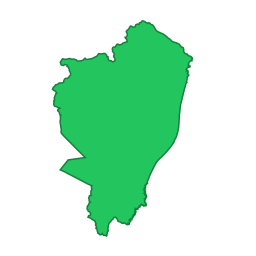 Islay, Arequipa, Peru (orthographic projection), rotated 263°
{"feature_id": "86281439B92685441035465", "entity_name": "Islay", "entity_type": "district", "adm_level": 2, "iso_a3": "PER", "parent_name": "Peru", "parent_adm1": "Arequipa", "projection": "orthographic", "projection_center": [-71.814, -16.98], "detail": "fine", "context": "isolated", "style": "filled", "palette": "green", "viewbox_px": 256, "rotation_deg": 263, "n_neighbors": 0, "source": "geoboundaries", "source_scale": "gbopen_adm2", "svg_char_len": 5727}
<svg xmlns="http://www.w3.org/2000/svg" viewBox="0 0 256 256"><g transform="rotate(263 128 128)"><path d="M44.3,77.4L44.0,77.9L44.0,78.7L43.3,79.3L42.6,80.4L41.7,81.2L39.4,84.1L38.0,84.0L36.7,84.7L36.0,84.0L35.4,84.0L34.7,84.5L33.3,84.7L33.0,84.6L32.6,83.9L32.3,83.9L31.7,84.5L30.4,85.1L29.4,84.9L28.4,85.3L27.5,85.1L27.3,85.7L26.7,86.0L25.4,87.2L25.4,88.4L25.8,89.1L26.4,89.5L25.5,89.9L24.4,90.8L24.3,92.4L23.4,93.5L23.9,94.0L25.1,94.1L25.7,94.5L27.3,94.7L28.4,96.0L30.2,95.7L35.2,97.2L36.5,98.2L37.1,99.5L38.4,100.2L39.1,101.8L40.1,102.3L40.5,103.0L41.0,103.2L41.0,104.5L40.8,104.8L38.9,106.3L37.0,106.5L36.3,107.2L35.7,108.8L34.2,110.4L34.0,111.7L34.3,112.9L32.4,114.9L32.5,115.2L32.0,116.0L32.1,116.4L32.6,116.4L32.3,116.6L32.4,117.5L32.9,117.6L32.8,116.8L33.2,116.8L33.4,117.4L34.0,117.6L34.3,118.3L35.0,118.7L35.7,118.5L35.9,118.1L36.8,118.1L37.3,118.8L37.1,119.3L37.2,119.7L36.6,119.8L37.1,120.0L36.8,120.5L37.4,120.5L37.4,121.2L37.6,121.4L39.3,121.5L39.6,122.1L39.3,122.5L39.6,122.6L40.0,122.3L41.1,122.5L41.2,122.8L40.5,123.8L40.9,124.0L41.2,123.9L41.2,124.2L41.6,124.7L42.3,124.8L42.5,124.3L42.9,124.5L43.5,124.3L43.3,125.4L44.2,126.0L44.0,125.7L44.5,125.6L44.4,125.2L45.3,124.9L45.8,125.5L46.2,125.2L46.2,125.6L47.2,125.6L46.4,126.7L46.2,126.7L46.3,127.2L46.7,127.2L46.5,127.6L46.9,127.7L46.8,128.1L47.1,128.1L47.1,128.3L48.0,128.7L48.0,129.1L48.0,129.5L48.3,129.7L48.3,130.3L48.8,130.4L49.2,130.0L49.4,131.0L49.7,130.9L50.7,131.9L50.7,132.1L49.6,132.9L49.6,133.3L49.4,133.5L49.7,133.7L49.4,134.1L48.7,134.2L48.8,134.5L48.7,135.0L48.9,135.3L48.6,136.0L48.8,136.5L49.3,136.7L49.3,136.2L49.7,136.2L50.6,136.7L50.9,136.2L51.6,136.4L52.0,135.9L52.5,135.9L52.6,135.6L53.3,135.7L53.6,135.6L53.9,135.8L54.3,135.8L54.6,136.4L55.4,136.8L55.7,136.8L55.8,136.4L56.0,137.0L56.4,136.9L57.0,137.8L57.6,138.1L57.8,137.8L57.7,137.5L58.4,137.4L58.4,137.7L59.1,137.9L60.1,137.7L60.3,137.5L60.0,136.7L60.4,136.8L60.6,137.4L61.2,137.0L61.9,137.4L62.0,137.1L61.9,136.6L62.5,137.3L63.0,137.6L63.3,137.4L63.1,137.0L63.4,136.6L63.8,137.1L64.0,136.8L64.6,137.1L64.9,136.5L65.0,136.9L65.1,136.7L65.4,136.9L65.4,137.5L65.9,137.3L66.1,136.9L66.5,136.9L66.4,137.7L66.6,138.1L67.1,137.9L67.5,138.3L68.4,137.8L68.8,138.1L69.0,138.0L69.2,138.9L69.7,139.0L69.8,139.4L70.3,139.4L70.6,140.5L71.2,140.3L73.6,141.3L79.5,144.6L86.3,149.0L89.6,151.4L91.9,153.5L93.8,155.7L95.1,157.8L100.0,163.7L104.1,168.1L106.4,170.2L108.9,172.2L109.6,172.4L110.7,173.1L111.2,173.1L112.2,174.3L116.9,176.5L121.6,178.1L125.1,178.9L135.8,180.8L137.5,181.4L139.0,181.6L144.5,183.0L157.9,188.0L165.3,191.1L166.1,192.0L166.6,191.6L168.5,192.4L171.7,193.1L172.3,194.1L173.2,194.8L173.5,194.5L174.0,194.5L174.7,193.5L175.9,194.4L176.5,194.0L176.6,194.4L176.9,194.1L177.5,194.2L177.9,193.1L178.2,193.2L178.3,193.6L178.7,193.0L179.1,193.0L180.0,193.5L180.2,194.1L180.7,194.6L181.2,197.1L181.7,197.1L181.6,196.8L182.0,196.6L182.2,195.7L182.9,196.1L183.2,195.7L184.1,195.9L185.6,196.5L186.2,197.1L186.9,198.6L187.0,199.5L187.2,199.3L188.3,199.5L188.5,200.4L189.3,200.2L189.7,200.4L191.3,199.2L192.4,196.9L194.2,195.7L194.7,194.2L195.5,193.2L197.3,192.6L199.3,192.9L201.1,192.5L202.1,190.7L205.0,189.0L206.9,185.9L207.9,183.3L208.4,182.6L209.4,181.6L210.9,180.6L212.5,178.7L214.7,176.9L217.1,174.2L219.6,169.9L220.5,168.7L221.4,167.8L224.8,166.4L227.0,165.2L227.4,164.8L228.0,163.4L229.4,162.5L229.9,161.2L229.4,160.3L230.2,159.5L230.4,158.7L231.5,157.8L232.5,156.0L232.6,155.1L231.1,153.9L231.2,153.1L230.9,152.2L229.6,151.7L230.0,150.0L229.5,148.3L227.8,147.5L227.5,147.2L227.3,146.2L227.6,145.3L228.8,143.3L228.8,142.7L226.1,140.7L224.4,138.2L223.7,138.0L221.4,138.8L220.1,138.6L218.6,137.5L218.4,137.1L218.4,136.2L217.2,136.5L216.7,137.3L215.6,137.7L213.7,137.7L213.7,137.0L213.3,136.3L213.4,135.7L212.9,133.4L212.4,132.6L211.9,132.3L211.6,131.1L211.7,130.4L211.5,129.4L212.1,128.5L212.5,128.2L212.6,127.6L211.7,126.5L210.0,125.4L209.9,124.8L210.1,123.4L209.5,122.5L208.2,122.0L207.2,122.3L206.5,122.0L205.7,122.1L204.0,123.2L203.0,123.4L201.6,122.7L200.4,122.4L199.1,123.3L197.1,123.5L196.3,123.0L195.7,121.8L195.5,121.0L196.2,120.1L196.8,119.6L196.9,117.9L198.2,116.9L199.6,116.7L201.1,116.8L201.0,116.1L201.2,115.7L202.6,115.7L203.4,115.4L204.7,114.2L205.0,113.4L204.7,110.6L205.4,108.2L205.0,107.5L203.6,106.4L203.0,105.5L201.3,100.7L201.0,95.7L201.4,94.7L202.5,93.9L201.7,92.6L200.9,92.1L200.4,89.1L200.5,86.4L201.1,85.5L202.2,84.6L202.3,83.7L202.9,83.0L203.2,81.9L202.9,81.2L203.1,80.6L204.0,78.9L204.1,77.3L203.7,76.0L203.7,75.1L203.9,74.7L203.8,73.8L204.7,71.4L201.5,68.8L198.9,69.3L198.6,69.6L197.9,71.6L198.8,73.0L197.9,75.3L197.6,75.5L197.3,75.1L196.5,75.0L195.6,76.4L194.5,76.4L193.4,76.9L192.3,76.9L192.1,76.7L189.4,77.7L187.7,77.4L187.1,77.0L186.3,75.8L185.5,75.5L185.0,74.4L184.5,74.0L184.9,72.3L184.4,71.2L182.9,70.1L181.4,69.8L181.1,69.4L180.7,67.8L181.1,65.6L180.8,64.5L180.0,64.0L179.7,61.4L178.6,60.5L177.6,59.0L175.7,57.8L175.4,57.9L173.1,60.5L171.4,61.5L171.1,61.4L170.9,60.6L166.6,58.4L165.4,58.6L164.4,58.2L164.2,57.8L163.7,57.5L162.8,57.7L160.5,57.2L159.1,57.5L158.5,57.9L157.9,59.6L156.6,61.3L156.3,62.6L155.9,62.9L155.7,61.6L154.5,60.5L153.9,60.3L153.4,60.5L152.9,61.2L151.6,61.8L150.3,61.8L148.9,62.4L149.3,62.6L149.0,62.9L148.8,62.6L148.6,62.9L148.2,62.4L146.9,62.1L145.6,62.2L142.6,61.3L134.6,61.6L131.9,61.0L131.5,61.1L130.0,61.8L127.6,63.5L103.9,81.9L103.6,64.7L94.7,55.6L92.9,58.7L77.0,81.8L75.0,85.2L74.4,84.6L73.8,84.4L71.2,84.6L70.0,83.5L69.3,83.4L66.9,83.1L65.5,83.4L65.5,81.6L63.3,80.4L62.1,80.9L61.3,80.5L59.9,80.7L58.9,81.6L58.8,80.9L58.2,80.2L56.5,79.5L55.5,78.2L52.9,77.6L52.2,77.6L51.8,78.1L50.1,78.5L49.4,79.7L47.2,80.5L46.7,80.4L46.0,79.7L45.9,78.6L45.7,78.2L44.3,77.4Z" fill="#22c55e" stroke="#15803d" stroke-width="1.5"/></g></svg>